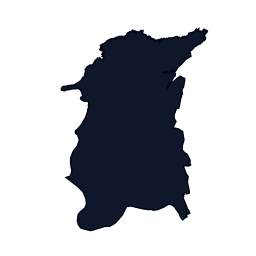 outline of Waterford City East Lea-6, Waterford, Ireland, rotated 186°
{"feature_id": "5873133B90521383760938", "entity_name": "Waterford City East Lea-6", "entity_type": "district", "adm_level": 2, "iso_a3": "IRL", "parent_name": "Ireland", "parent_adm1": "Waterford", "projection": "orthographic", "projection_center": [-7.041, 52.202], "detail": "fine", "context": "isolated", "style": "filled", "palette": "ink", "viewbox_px": 256, "rotation_deg": 186, "n_neighbors": 0, "source": "geoboundaries", "source_scale": "gbopen_adm2", "svg_char_len": 5855}
<svg xmlns="http://www.w3.org/2000/svg" viewBox="0 0 256 256"><g transform="rotate(186 128 128)"><path d="M76.6,181.9L77.1,182.5L76.9,182.9L77.5,183.4L77.8,183.0L80.6,184.7L81.9,184.8L88.3,178.2L89.7,178.2L90.2,176.7L91.0,176.0L91.2,174.6L92.7,172.6L92.8,170.7L93.3,172.8L91.8,176.5L91.1,176.9L90.8,178.5L89.3,179.7L88.1,183.2L86.6,184.8L86.5,186.8L86.9,187.5L88.4,187.6L89.1,188.4L90.1,188.8L90.4,188.1L92.5,187.2L95.8,187.3L97.4,186.8L98.4,187.1L99.9,186.4L98.6,187.3L97.6,187.2L96.2,187.9L92.5,188.2L89.7,190.3L89.4,189.5L88.3,189.4L87.7,188.9L86.7,189.4L84.8,193.6L81.6,197.1L77.8,202.3L72.9,206.0L74.4,210.1L74.0,211.5L72.7,212.4L69.9,216.2L68.2,217.1L67.4,218.1L66.2,218.6L65.8,219.2L64.7,219.3L64.5,219.9L64.9,220.1L63.3,221.1L62.4,223.0L61.6,222.8L61.1,223.8L60.4,224.1L60.5,225.0L60.0,224.6L60.4,225.1L60.9,224.9L60.7,225.6L61.4,225.2L61.9,225.3L61.3,226.4L61.9,226.7L61.3,227.1L61.6,228.6L60.4,230.1L60.3,231.1L59.6,231.3L59.3,232.2L59.8,232.2L59.6,233.1L60.1,233.4L61.1,233.5L61.3,233.1L61.4,233.6L62.4,233.7L62.6,232.9L63.0,232.7L62.8,233.3L63.1,233.3L63.6,232.6L63.5,233.2L63.9,232.7L63.9,232.0L63.5,232.1L63.7,231.5L64.4,231.2L64.9,231.6L66.0,231.5L66.5,232.0L67.1,231.5L68.3,231.5L68.7,231.7L67.8,233.1L68.3,232.7L68.0,233.9L69.6,232.7L69.6,233.9L69.9,232.7L70.4,233.5L71.0,232.7L71.0,231.9L71.9,231.3L72.4,230.4L77.5,228.5L77.6,227.9L77.1,227.6L77.9,226.5L80.6,224.5L80.5,224.8L81.1,225.1L81.6,224.4L81.3,224.1L82.6,222.9L83.5,223.2L82.7,223.9L82.9,224.6L85.4,222.8L86.4,222.9L86.5,223.4L87.1,222.9L87.3,223.2L87.5,222.9L88.2,223.1L88.5,224.0L89.5,224.0L89.8,223.5L90.4,223.6L92.3,222.2L92.2,222.5L93.1,222.5L94.6,221.8L95.6,222.1L97.2,221.6L98.2,221.0L98.5,220.2L99.3,221.1L100.0,220.2L100.7,220.4L101.0,220.0L102.0,220.0L102.0,220.4L102.4,220.0L102.3,220.5L103.2,219.8L103.7,220.0L104.2,219.1L104.5,220.0L105.0,219.4L104.9,219.7L105.7,219.4L104.7,216.6L105.5,216.2L106.0,216.4L106.0,217.8L106.2,218.2L106.5,217.9L106.7,218.9L107.3,218.9L108.3,217.9L108.7,218.1L108.8,217.7L109.3,218.2L110.1,217.1L110.4,217.7L111.2,217.3L111.0,218.5L111.4,218.3L111.4,218.8L112.1,218.7L112.3,219.3L113.1,218.7L113.7,219.6L114.8,219.4L114.7,220.1L115.2,220.8L115.9,220.6L116.2,221.5L116.8,221.7L117.6,220.9L117.8,219.2L118.6,219.3L118.9,221.3L119.5,221.7L119.8,222.5L123.5,223.2L123.4,224.6L124.0,223.8L124.5,223.8L123.7,225.9L124.0,225.7L124.1,226.3L125.3,226.3L125.2,225.7L126.6,224.9L128.4,223.9L129.7,224.1L130.8,223.2L131.4,224.0L131.1,224.4L131.7,224.1L132.1,224.5L131.8,225.3L132.5,225.1L133.0,224.4L133.0,225.1L133.7,225.1L133.7,225.5L135.0,224.2L135.3,223.3L136.0,223.9L136.2,223.4L136.7,223.6L137.1,223.0L137.9,222.8L138.9,221.4L138.8,220.1L140.5,219.3L140.8,218.1L140.1,216.2L140.8,216.4L141.8,218.2L142.5,218.0L142.7,218.5L143.9,217.4L144.4,217.5L144.5,218.1L144.9,217.5L145.2,217.8L145.3,217.1L145.8,217.8L146.1,217.6L146.2,218.1L146.8,218.0L147.4,217.4L147.3,216.9L147.7,217.4L149.0,217.0L149.9,215.8L149.8,215.3L150.4,215.6L150.5,215.2L150.8,215.7L151.4,215.0L151.1,215.7L151.7,215.4L152.0,214.8L151.8,214.4L152.6,214.6L152.9,215.1L153.4,214.9L153.2,215.2L154.0,214.1L153.7,215.1L154.2,214.4L154.2,214.8L155.0,214.5L154.7,213.7L155.3,214.1L157.4,212.9L158.5,211.9L158.3,211.3L160.3,209.9L160.5,209.0L161.1,208.8L161.0,209.3L161.8,208.6L161.9,208.0L162.4,207.8L162.3,208.4L163.1,207.3L163.0,208.2L163.3,208.0L164.0,206.9L163.1,206.5L163.1,205.9L164.2,203.2L163.3,201.9L163.7,203.4L163.0,205.2L161.6,204.8L161.3,205.6L161.4,204.2L162.6,203.1L162.1,202.2L160.8,203.0L160.0,202.8L160.7,201.8L159.9,201.0L160.3,200.9L160.3,200.2L160.9,200.1L160.6,199.4L161.3,199.6L161.7,198.5L160.8,197.8L160.1,197.9L159.8,197.1L160.8,196.4L159.8,196.2L159.2,195.4L159.4,194.4L162.1,193.1L162.6,193.3L162.7,194.3L163.7,194.9L164.5,194.2L165.6,194.4L166.8,192.2L167.4,192.1L167.9,190.9L167.3,190.2L168.8,189.6L168.5,189.3L169.0,187.7L169.5,187.7L169.9,187.0L172.8,186.4L174.9,184.6L176.7,181.6L176.3,181.0L176.2,179.6L176.8,174.2L178.3,173.6L178.1,172.5L178.9,172.2L179.4,171.0L179.2,170.0L180.1,169.8L184.9,166.0L187.6,164.5L187.8,164.7L188.7,164.1L189.0,164.6L190.1,163.7L190.0,164.0L190.4,164.2L191.1,163.2L191.5,163.7L192.0,163.2L192.2,163.8L194.0,163.0L197.0,162.5L198.2,160.8L198.3,159.2L197.7,158.6L195.0,158.4L193.2,159.5L190.9,159.9L188.3,160.9L181.0,162.2L180.3,161.4L179.9,161.6L178.5,160.0L176.8,156.5L176.5,154.5L178.0,153.6L178.2,152.1L176.7,150.9L174.0,150.0L173.0,150.5L170.4,150.2L169.5,148.4L169.8,146.2L169.2,146.1L169.1,145.0L169.9,142.4L169.9,139.8L171.3,133.9L175.2,125.6L178.7,120.6L179.8,120.1L179.6,119.5L180.0,118.3L179.7,117.5L179.2,116.9L177.2,116.0L176.6,114.1L176.0,113.8L176.1,113.1L175.3,112.3L175.4,111.2L175.0,110.8L176.6,104.5L180.0,99.2L181.9,92.2L181.4,87.2L180.3,82.5L179.4,80.7L179.5,77.0L180.6,74.0L184.4,72.3L171.8,64.6L166.6,60.4L165.1,58.5L162.4,53.2L161.3,48.1L162.3,44.2L166.9,39.2L168.5,36.5L168.6,30.6L167.4,27.0L164.7,23.8L162.0,23.1L154.3,22.1L140.3,27.9L136.0,28.4L131.6,31.5L129.2,34.2L124.4,41.3L121.3,49.8L119.2,50.2L117.2,50.8L111.7,50.1L109.4,49.8L104.3,49.2L99.8,49.0L96.7,49.5L94.7,49.0L93.4,49.1L90.3,49.9L86.3,51.9L84.7,52.9L83.8,53.4L82.8,54.2L82.1,54.8L81.1,55.6L79.4,56.3L77.2,56.4L75.7,56.0L75.4,55.8L74.0,55.0L68.4,48.6L66.3,44.9L64.6,42.8L63.9,42.4L62.3,44.4L60.1,45.9L61.2,49.2L59.5,48.6L57.7,49.7L59.1,52.3L60.5,53.9L64.6,61.8L66.5,64.7L65.4,65.3L66.2,67.7L64.7,68.3L65.6,70.1L63.7,70.4L62.8,68.7L60.4,69.4L60.5,71.6L63.3,80.1L63.2,86.0L65.5,88.7L68.9,95.6L66.8,96.8L65.7,96.4L63.8,96.6L61.9,97.9L62.8,99.3L62.9,102.4L66.6,108.0L68.9,109.2L71.9,111.8L72.1,116.5L71.1,121.9L73.4,130.2L77.7,132.3L81.4,132.7L83.0,132.0L82.6,135.4L81.0,139.4L83.3,142.6L83.4,146.5L81.8,152.6L81.1,153.0L79.8,152.9L79.3,154.6L78.8,162.2L78.1,165.4L78.4,167.4L77.5,167.4L78.4,171.5L77.1,174.8L76.6,181.9ZM130.6,224.5L130.1,224.8L130.5,224.8L130.6,224.5Z" fill="#0f172a" stroke="#020617" stroke-width="1.5"/></g></svg>